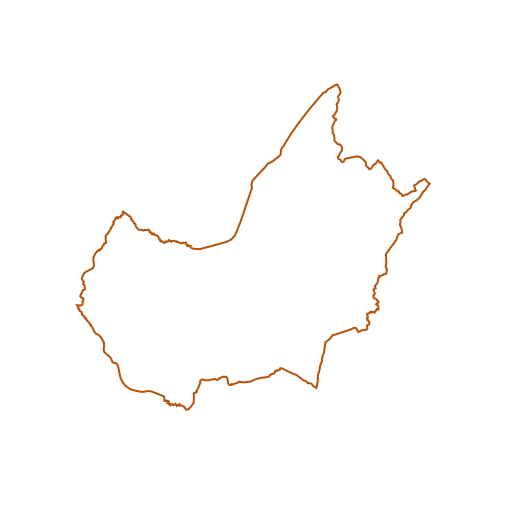 the district of Veun Sai, Rôtânôkiri, Cambodia, rotated 40°
{"feature_id": "14789045B84584240899175", "entity_name": "Veun Sai", "entity_type": "district", "adm_level": 2, "iso_a3": "KHM", "parent_name": "Cambodia", "parent_adm1": "Rôtânôkiri", "projection": "orthographic", "projection_center": [106.861, 14.079], "detail": "fine", "context": "isolated", "style": "outline", "palette": "amber", "viewbox_px": 512, "rotation_deg": 40, "n_neighbors": 0, "source": "geoboundaries", "source_scale": "gbopen_adm2", "svg_char_len": 6134}
<svg xmlns="http://www.w3.org/2000/svg" viewBox="0 0 512 512"><g transform="rotate(40 256 256)"><path d="M279.5,425.7L279.7,424.8L280.3,425.1L281.7,423.5L282.0,423.5L281.7,424.2L282.4,424.7L283.4,424.2L283.7,424.7L283.5,425.2L284.2,424.8L284.8,424.9L285.1,425.5L286.4,425.4L286.2,424.0L286.8,423.6L288.2,423.7L288.7,423.0L289.3,421.0L291.5,421.9L291.8,420.4L292.5,420.3L292.1,419.8L292.3,419.4L293.0,419.3L293.0,418.8L293.9,419.4L295.2,418.3L298.0,417.7L298.6,417.7L299.1,418.4L301.5,418.5L301.6,418.0L302.9,417.0L302.8,408.9L299.3,404.2L296.8,401.6L296.8,400.7L297.8,399.6L297.5,398.9L297.9,398.4L297.0,397.2L296.8,394.9L295.1,390.0L295.1,389.3L293.7,388.0L293.7,385.9L294.4,384.9L297.2,383.6L299.5,381.7L303.7,376.4L305.8,376.1L306.7,374.8L306.3,373.6L307.4,372.0L307.5,371.0L308.7,369.2L309.4,369.1L310.6,367.7L311.8,367.8L313.0,368.3L316.7,371.6L318.6,371.9L319.0,371.1L319.8,371.0L320.2,370.5L319.9,369.8L321.0,369.0L321.1,368.3L322.3,367.0L322.7,365.7L323.7,364.4L323.9,363.6L323.6,363.2L327.5,361.0L331.2,357.1L332.5,355.6L335.2,350.2L337.5,346.8L341.8,342.3L343.5,339.9L343.2,338.0L343.7,337.5L343.8,336.5L345.5,334.2L344.6,331.5L345.4,330.8L346.0,330.7L345.9,329.6L347.5,327.9L346.7,326.6L346.9,326.2L348.1,325.4L357.3,323.2L363.7,321.1L372.0,320.8L374.9,319.7L376.9,319.8L377.3,320.2L379.7,318.4L381.7,318.3L383.4,318.9L387.0,318.3L386.3,316.5L384.1,312.7L380.1,307.6L377.8,302.2L375.7,298.9L373.9,293.8L371.5,290.3L370.2,286.4L364.6,277.5L365.8,272.6L365.6,267.5L367.6,264.7L375.4,252.0L377.2,248.1L378.4,247.2L379.6,247.0L383.1,248.5L385.2,244.4L386.4,243.0L387.8,242.1L388.0,240.0L385.8,238.0L385.7,237.3L386.3,236.8L386.6,236.0L385.7,234.0L383.8,233.3L382.6,233.5L382.4,232.8L381.2,232.5L380.8,231.8L381.1,230.9L378.2,228.9L379.9,226.2L380.0,225.7L379.6,225.7L380.0,224.4L381.4,224.4L382.1,223.2L383.3,223.1L382.7,220.7L383.1,220.4L382.8,218.9L384.0,218.5L383.3,217.2L381.6,215.6L379.2,215.9L378.9,215.3L379.6,213.6L379.5,212.4L377.5,212.4L376.2,211.6L373.9,212.5L373.1,212.4L371.4,211.1L371.2,210.4L371.6,209.5L371.3,208.6L369.0,206.8L367.9,206.8L367.6,205.4L368.4,203.8L366.6,203.0L366.2,198.3L364.9,195.8L364.0,194.8L364.1,192.4L363.3,192.0L364.0,191.4L365.6,188.7L365.6,187.9L366.9,186.2L366.7,185.1L364.9,182.0L362.5,181.2L359.8,176.9L354.6,171.3L354.2,170.0L353.2,153.9L351.1,148.2L352.5,144.4L352.9,144.1L350.1,141.6L346.2,139.6L344.5,136.7L343.3,135.7L343.1,129.9L341.9,127.8L342.8,126.5L342.7,122.6L343.5,120.2L343.0,118.3L342.3,117.8L341.9,113.4L343.3,110.1L343.8,106.1L343.6,104.5L343.1,103.4L343.4,102.3L342.7,99.6L343.3,96.4L342.7,93.8L342.6,89.0L339.9,89.2L336.0,88.5L335.5,88.7L335.0,89.5L334.3,92.2L333.2,93.9L332.8,98.0L331.8,100.3L334.7,102.4L336.4,103.0L336.4,103.6L333.8,106.5L332.5,111.1L330.9,113.3L330.4,115.1L329.6,115.8L327.4,115.0L324.8,115.6L324.0,114.7L321.1,115.6L319.6,115.4L317.2,115.8L314.9,112.2L312.0,109.9L310.2,110.0L307.8,108.6L304.5,108.0L302.0,106.6L299.3,106.5L292.1,104.0L291.6,104.0L290.9,104.9L287.9,104.3L288.3,108.2L287.4,111.5L288.0,115.2L287.2,116.6L286.3,116.6L285.1,116.1L282.5,116.1L279.9,113.6L275.4,113.1L272.1,113.3L269.4,114.7L262.0,123.8L261.8,125.0L262.6,126.9L262.0,128.5L260.9,128.8L259.5,128.1L256.3,128.5L255.0,127.7L255.2,125.7L254.3,123.7L253.9,119.7L252.5,117.9L250.8,117.0L248.7,116.7L246.3,117.8L241.8,117.2L240.1,115.0L237.5,112.9L235.5,112.4L234.1,110.5L232.1,108.9L231.4,107.8L229.7,102.3L230.0,100.0L229.6,99.6L227.6,100.1L225.2,99.7L225.0,98.8L225.4,97.3L224.6,93.2L223.1,90.2L220.1,87.8L220.0,84.9L219.5,83.8L218.7,82.8L216.6,81.4L216.2,80.5L216.1,78.0L215.6,76.2L212.9,74.3L209.5,72.9L207.6,72.6L203.9,82.3L203.9,85.8L202.6,87.7L202.5,111.1L203.2,126.8L204.4,140.6L206.0,151.9L206.4,152.9L206.3,155.7L206.9,158.4L209.5,162.2L209.8,163.2L207.9,172.9L205.7,177.7L205.9,182.2L204.8,200.3L206.7,204.4L209.2,206.6L222.1,239.6L226.7,253.7L226.3,259.8L224.0,264.5L218.9,272.1L208.9,286.3L207.3,287.9L203.7,290.5L201.3,291.5L199.5,291.2L199.3,290.5L198.0,291.6L197.5,291.2L196.9,291.5L197.2,291.9L196.9,292.5L195.4,291.6L194.4,291.8L193.8,290.8L190.9,293.5L190.0,294.9L186.0,295.6L186.0,296.3L183.7,296.9L181.5,298.9L181.7,299.6L180.5,299.4L179.2,299.8L179.7,300.4L179.0,302.0L178.5,302.5L178.0,302.2L177.0,304.5L177.3,304.8L176.3,305.3L175.2,304.9L174.5,305.6L174.0,305.4L173.9,305.9L173.1,306.1L172.1,305.7L171.6,304.8L170.8,305.2L168.5,303.9L167.0,303.9L166.6,304.4L166.0,304.3L165.4,304.8L164.0,305.0L162.3,306.3L161.9,306.2L162.3,305.1L160.9,305.9L160.1,305.5L159.6,306.1L159.0,306.0L158.0,305.0L156.7,304.9L155.8,306.3L154.1,307.4L153.7,308.6L153.1,309.0L152.4,308.9L149.3,311.3L145.5,310.8L142.7,309.0L141.8,309.4L139.6,308.4L137.5,308.5L137.2,307.6L136.5,307.7L135.0,306.8L125.8,307.4L125.6,308.2L127.1,309.1L127.4,310.5L126.4,311.8L127.4,312.9L126.4,313.9L126.1,315.7L124.8,315.3L124.4,315.8L125.0,316.4L124.0,317.5L124.8,318.5L124.7,321.6L125.7,321.9L126.1,323.6L126.6,324.1L126.5,325.3L126.9,326.0L126.6,327.0L127.7,329.8L127.5,331.2L128.1,333.6L127.7,336.4L128.0,337.5L128.6,337.8L129.4,339.1L132.7,342.2L131.7,344.0L132.3,345.7L132.2,347.6L133.0,349.1L132.7,350.9L132.2,351.1L132.0,351.8L132.5,352.6L131.5,353.3L131.3,353.9L131.4,358.1L132.6,362.2L138.0,367.5L138.8,369.2L138.7,370.7L135.8,377.7L135.4,379.9L135.8,381.6L136.9,385.1L139.4,386.3L140.6,386.3L141.6,388.6L143.7,388.8L146.2,391.3L146.2,392.2L145.3,393.2L147.1,399.8L148.9,400.1L150.3,399.5L151.7,399.9L151.7,401.2L152.6,401.8L152.5,402.7L153.9,403.9L154.4,404.9L154.3,405.6L153.0,407.0L150.6,408.7L152.8,409.4L153.0,410.2L153.8,410.5L154.6,410.0L155.3,410.9L156.6,411.4L157.9,411.0L159.0,411.2L160.3,412.7L161.8,412.8L162.2,412.4L163.1,412.6L163.7,413.1L164.8,413.1L165.2,413.6L166.3,413.2L166.5,413.7L169.8,414.3L170.9,414.1L172.1,414.9L173.9,415.0L174.3,415.7L175.5,415.5L176.5,415.9L181.6,418.2L183.1,418.3L186.7,417.6L190.7,418.3L195.3,420.2L198.1,423.4L199.3,425.5L201.4,427.1L209.3,427.3L211.4,428.0L214.5,429.7L217.1,428.2L219.3,428.2L222.0,429.7L230.4,436.4L234.6,438.3L239.3,439.4L244.9,438.9L247.2,438.2L255.5,433.8L256.8,432.7L260.5,428.5L263.1,426.9L275.7,422.7L276.2,423.4L277.1,423.7L279.0,425.9L279.5,425.7Z" fill="none" stroke="#b45309" stroke-width="2"/></g></svg>